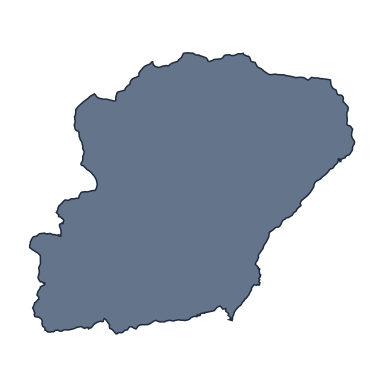 outline of Bucuresci, Hunedoara, Romania, rotated 88°
{"feature_id": "2599482B97237665076165", "entity_name": "Bucuresci", "entity_type": "district", "adm_level": 2, "iso_a3": "ROU", "parent_name": "Romania", "parent_adm1": "Hunedoara", "projection": "albers", "projection_center": [22.958, 46.121], "detail": "fine", "context": "isolated", "style": "filled", "palette": "slate", "viewbox_px": 384, "rotation_deg": 88, "n_neighbors": 0, "source": "geoboundaries", "source_scale": "gbopen_adm2", "svg_char_len": 5965}
<svg xmlns="http://www.w3.org/2000/svg" viewBox="0 0 384 384"><g transform="rotate(88 192 192)"><path d="M262.3,347.8L267.2,347.3L271.7,348.9L273.6,348.5L276.4,346.8L276.5,346.4L276.2,345.8L277.8,343.6L277.4,343.1L277.7,342.4L278.4,342.3L278.8,342.7L279.4,342.4L281.5,346.9L282.7,347.0L286.3,349.5L289.5,350.6L291.3,349.0L293.9,348.9L294.3,349.9L296.7,352.0L297.2,353.1L299.8,353.9L302.3,355.3L305.5,353.9L306.0,354.1L307.4,353.3L309.0,354.0L310.8,353.5L311.3,352.6L311.8,349.2L313.8,347.0L315.4,346.2L318.8,346.5L320.9,346.0L322.4,344.0L324.9,343.7L325.0,343.1L326.7,341.2L326.6,340.9L326.8,340.7L327.1,338.6L326.7,336.3L326.9,335.3L326.1,334.0L325.5,333.8L325.5,332.2L325.1,331.5L326.3,329.4L326.6,327.1L325.3,324.8L325.5,320.6L325.3,318.5L324.2,313.9L323.2,311.7L322.7,307.8L322.7,307.0L324.0,305.6L324.1,304.3L324.5,304.1L323.7,301.6L323.6,300.7L324.5,300.6L325.2,300.0L324.5,299.3L324.1,297.3L321.0,294.7L319.8,293.0L319.5,292.2L319.0,291.7L317.9,288.0L318.5,286.4L318.2,285.2L316.0,284.6L315.5,283.9L316.6,282.6L321.8,279.1L323.5,279.3L325.4,279.0L326.6,276.5L331.2,272.8L330.9,271.3L330.3,271.0L329.9,269.3L330.2,267.0L329.4,265.6L327.9,264.1L327.5,261.3L325.2,259.8L324.5,258.9L324.5,257.8L325.2,256.0L326.5,254.1L326.9,252.7L324.0,250.4L322.9,248.3L323.0,240.9L322.0,238.3L319.3,233.9L319.1,232.3L320.1,230.4L320.7,228.7L320.8,223.7L319.7,221.9L319.8,220.6L319.4,219.4L320.3,214.7L319.8,213.5L319.2,209.8L319.6,208.5L320.0,204.2L320.3,203.2L319.9,202.5L319.8,200.8L319.2,199.7L319.1,199.0L317.5,197.3L316.3,194.0L316.8,191.5L314.7,190.8L314.9,190.3L315.9,190.3L315.8,188.7L315.4,188.7L315.3,187.9L313.9,188.0L313.4,185.4L313.6,183.5L312.7,183.3L312.8,181.2L312.1,178.1L311.7,175.2L311.2,173.7L308.1,170.9L306.9,168.1L308.0,166.8L310.1,165.4L309.8,162.4L312.1,162.5L314.8,159.7L316.7,160.2L317.9,158.7L320.2,157.0L320.2,157.4L319.7,158.2L320.7,158.6L320.9,159.3L321.9,156.4L320.2,155.9L318.3,155.8L315.9,154.6L313.7,154.0L311.2,152.2L307.5,148.6L307.3,147.9L306.3,146.8L303.6,145.2L302.8,144.0L300.9,142.9L300.2,141.6L296.3,138.5L295.0,138.0L291.9,136.0L290.1,135.9L287.2,133.6L286.9,133.2L286.9,132.2L287.5,130.6L286.9,130.0L286.9,129.6L287.4,128.5L287.3,127.9L285.1,127.4L285.1,127.8L284.0,128.4L283.4,128.2L283.1,127.7L281.7,127.4L280.8,128.3L280.1,128.0L279.2,126.7L278.3,126.7L277.3,126.2L277.1,126.3L277.0,127.1L273.4,127.6L271.3,127.0L271.1,127.2L271.4,128.0L270.9,128.4L269.9,128.3L269.9,128.7L269.0,128.9L266.3,131.4L265.6,130.8L264.1,130.4L262.7,128.9L262.3,129.1L259.6,127.7L258.4,128.0L256.9,127.6L250.9,123.0L247.8,122.0L244.8,119.7L239.7,116.9L236.3,116.4L234.6,115.7L234.4,115.0L232.4,111.9L230.8,110.3L230.1,108.7L230.1,106.8L229.8,106.3L228.2,104.6L224.9,103.1L223.2,101.8L222.2,99.6L221.1,98.7L221.0,96.7L218.7,92.6L216.3,91.1L214.6,88.5L213.4,88.1L211.6,86.5L209.6,83.8L209.0,83.5L207.9,84.2L207.0,84.2L204.6,83.1L199.4,76.5L196.4,73.7L191.2,70.2L188.3,69.6L186.4,68.4L185.0,66.5L183.5,63.1L181.0,60.8L180.3,59.4L177.5,56.1L173.9,53.1L173.6,52.5L173.6,51.4L172.9,50.1L170.5,48.5L168.3,46.0L166.6,44.9L164.2,44.7L163.8,44.0L164.3,43.3L166.8,43.1L166.7,42.2L164.4,41.8L163.1,37.7L162.0,37.4L160.9,35.7L160.4,33.7L159.3,32.7L156.0,30.4L152.1,29.8L149.5,28.1L147.6,27.8L146.7,28.0L144.3,29.7L141.3,30.6L138.0,30.2L134.8,29.3L132.1,31.1L131.3,32.0L130.8,34.1L129.5,34.9L125.5,34.3L118.3,34.6L116.6,33.6L113.4,32.8L111.2,34.0L106.9,37.8L106.2,38.0L103.7,37.4L102.2,37.7L101.1,38.5L100.3,39.9L100.2,42.3L98.6,43.7L95.2,44.4L93.5,47.3L91.7,48.6L89.2,49.4L84.8,49.7L83.8,54.6L83.6,56.8L83.1,58.4L83.3,59.9L82.4,61.7L82.3,65.4L81.6,68.5L84.2,71.9L84.1,72.5L82.2,75.1L81.4,76.9L81.1,79.8L81.3,84.8L80.9,85.4L79.7,89.9L79.0,93.9L78.2,95.5L77.7,102.1L77.1,104.4L77.5,109.5L77.0,111.4L74.0,115.5L71.1,118.6L70.1,120.9L69.0,122.4L64.6,124.5L64.6,125.3L64.2,126.1L64.2,127.0L63.3,128.6L61.3,129.0L58.8,130.1L58.1,131.4L58.2,132.6L57.3,133.6L57.0,134.6L56.7,135.2L55.1,136.1L55.7,138.4L55.4,140.9L56.7,144.0L57.1,145.9L57.0,147.8L56.1,149.8L56.3,154.0L57.1,155.3L59.0,156.7L59.9,158.1L60.3,165.3L61.3,167.1L62.2,170.3L61.5,171.7L60.2,171.8L58.4,173.3L56.5,177.8L56.1,179.3L55.5,179.9L55.2,181.5L55.3,183.3L53.3,186.0L52.8,191.9L52.9,194.8L53.2,195.8L57.2,197.8L59.5,200.8L60.6,201.5L61.1,202.2L62.3,206.7L63.4,209.0L65.3,211.4L64.7,212.8L65.2,217.1L65.8,218.0L66.3,220.9L65.8,223.1L65.1,224.5L64.0,225.7L63.0,226.4L60.5,226.8L60.6,227.7L62.5,229.3L64.3,234.1L65.5,235.9L69.8,239.9L71.3,240.9L74.2,241.0L75.5,243.9L75.8,245.2L76.8,247.6L78.0,248.8L78.8,249.4L82.3,250.5L83.7,252.9L86.2,255.1L88.0,255.7L89.4,262.3L89.9,263.3L94.2,264.8L97.8,265.0L98.3,265.9L98.4,266.5L96.2,274.3L96.1,277.4L95.1,281.4L94.3,283.0L93.3,284.0L90.5,286.0L92.9,290.6L94.9,292.7L97.8,297.1L102.7,302.8L105.4,305.2L110.4,305.7L111.9,306.0L112.4,306.8L118.0,306.3L120.8,307.4L125.6,306.4L126.6,305.3L127.5,303.4L128.1,303.0L132.9,302.7L135.8,301.8L138.1,300.4L142.3,299.6L144.9,299.7L148.0,298.3L150.4,298.8L152.4,299.9L156.7,300.1L159.5,301.9L160.7,302.0L161.4,301.4L162.3,299.3L166.0,296.1L166.7,294.7L169.1,292.0L173.3,288.7L176.9,287.1L180.4,286.5L181.9,286.5L183.3,287.1L184.6,287.3L186.9,288.6L187.2,291.9L188.2,296.3L188.0,298.8L188.3,302.2L188.7,302.9L191.3,304.6L194.3,305.7L194.2,308.4L194.9,310.1L194.6,311.4L194.6,313.3L195.6,314.5L196.0,316.4L195.5,318.6L195.8,319.6L201.1,325.1L201.0,325.3L203.0,326.4L205.5,326.9L207.7,328.4L210.3,325.8L210.8,326.2L211.9,326.2L212.5,324.1L213.8,323.1L214.0,322.2L216.3,321.0L217.9,322.1L219.0,321.9L219.0,323.2L218.6,323.3L219.2,324.1L219.5,325.2L219.9,325.5L220.4,325.2L221.3,325.7L225.0,324.4L228.4,324.2L230.3,324.7L232.0,324.3L231.2,324.8L231.6,325.5L231.4,326.4L230.0,326.5L230.5,328.4L229.6,331.5L229.9,332.5L229.0,334.0L228.5,335.5L228.7,338.1L229.0,338.4L228.0,340.8L228.2,344.4L228.5,346.0L230.7,348.9L231.1,351.6L231.7,352.6L233.9,354.2L235.0,354.4L236.0,355.3L237.3,355.3L239.7,356.0L241.8,356.2L244.3,353.2L247.8,348.0L250.3,345.8L258.6,346.0L262.3,347.8Z" fill="#64748b" stroke="#1e293b" stroke-width="1.5"/></g></svg>